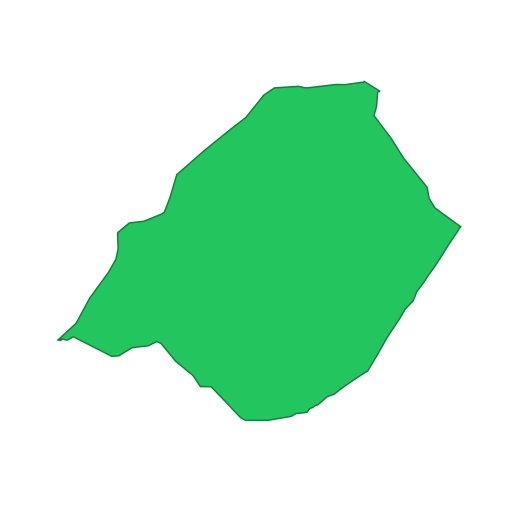 Kadugli, South Kordufan, Sudan, rotated 263°
{"feature_id": "16777658B74518908482161", "entity_name": "Kadugli", "entity_type": "district", "adm_level": 2, "iso_a3": "SDN", "parent_name": "Sudan", "parent_adm1": "South Kordufan", "projection": "albers", "projection_center": [29.536, 11.093], "detail": "fine", "context": "isolated", "style": "filled", "palette": "green", "viewbox_px": 512, "rotation_deg": 263, "n_neighbors": 0, "source": "geoboundaries", "source_scale": "gbopen_adm2", "svg_char_len": 2168}
<svg xmlns="http://www.w3.org/2000/svg" viewBox="0 0 512 512"><g transform="rotate(263 256 256)"><path d="M404.7,398.8L416.1,384.7L415.2,384.0L415.2,383.6L415.5,383.3L415.2,365.4L416.5,356.1L416.5,355.9L416.6,327.2L416.9,326.1L416.9,325.8L416.9,325.4L419.3,318.5L419.3,316.9L419.4,315.8L420.6,294.7L414.7,283.3L402.1,270.4L395.0,263.1L394.5,262.4L385.8,247.7L367.4,218.2L346.7,187.7L346.5,187.3L324.8,177.9L310.2,170.1L309.8,168.6L309.4,168.4L304.2,149.0L304.2,134.8L304.2,134.2L296.3,122.0L296.1,122.0L295.7,121.4L279.8,120.0L269.9,116.6L258.0,107.8L235.4,86.7L234.8,86.1L211.5,69.5L211.1,69.2L203.4,58.4L197.6,50.4L196.8,49.2L196.7,49.5L196.0,51.6L196.2,52.0L196.3,52.4L197.0,53.6L197.2,52.8L197.4,52.1L197.6,52.4L197.0,54.0L195.6,58.0L195.9,59.9L196.4,60.8L198.1,64.8L197.7,65.5L196.8,66.8L191.7,74.3L188.6,79.0L176.8,96.5L174.1,100.4L173.9,103.7L173.6,107.6L174.1,108.6L180.1,121.9L180.1,127.0L180.0,137.7L180.0,138.2L183.2,146.9L180.9,151.0L161.5,163.3L156.7,167.8L144.9,179.0L133.1,184.9L132.5,189.9L131.7,195.6L130.3,196.6L112.0,210.3L107.3,213.7L97.6,220.9L94.1,225.6L92.2,241.7L92.0,243.4L91.4,248.3L91.8,255.0L92.5,271.3L94.7,276.5L94.6,286.9L94.7,287.6L95.0,287.9L97.9,290.6L98.2,291.5L98.7,293.7L98.9,294.2L99.1,294.7L99.2,294.9L99.4,295.2L100.3,296.6L100.4,297.1L100.8,299.4L101.2,299.9L103.8,303.8L107.5,309.3L107.7,309.7L108.0,310.3L108.0,310.5L109.2,316.7L109.5,317.3L112.8,322.5L113.2,323.1L115.1,326.5L116.9,330.0L121.0,337.7L121.2,338.0L121.6,338.9L124.7,345.3L125.5,346.9L125.6,347.1L126.3,348.7L126.8,349.6L128.1,352.5L128.2,352.9L130.1,354.3L130.7,354.8L131.0,355.0L132.7,356.3L144.9,365.8L148.1,368.1L159.2,376.3L169.0,384.7L176.9,391.4L180.6,394.2L185.0,397.6L190.0,403.6L192.3,406.5L192.5,406.6L192.9,406.8L195.4,408.3L201.0,411.2L208.8,418.8L209.9,419.8L215.8,424.7L223.7,432.1L235.5,442.0L236.9,443.1L243.8,448.6L254.8,458.2L259.5,461.9L259.4,462.1L260.1,462.8L274.5,447.3L281.9,439.5L291.1,435.3L292.0,434.9L303.4,434.2L305.5,432.9L335.0,414.5L355.7,404.8L380.8,390.3L381.0,390.2L389.5,393.8L403.6,396.7L404.2,397.2L404.4,397.3L404.9,397.7L404.2,398.5L404.4,398.6L404.7,398.8Z" fill="#22c55e" stroke="#15803d" stroke-width="1.5"/></g></svg>